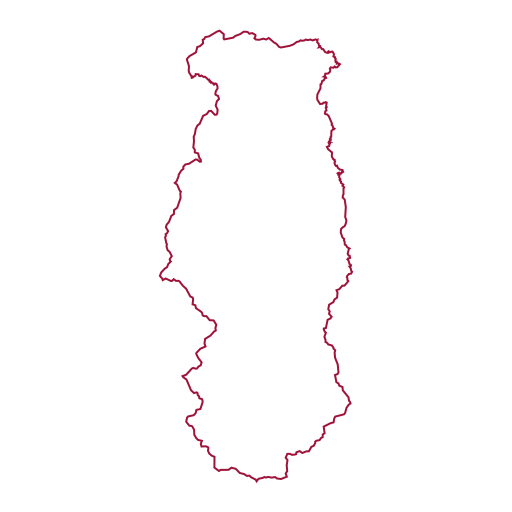 outline of Phrao, Chiang Mai, Thailand
{"feature_id": "78962969B69125034410503", "entity_name": "Phrao", "entity_type": "district", "adm_level": 2, "iso_a3": "THA", "parent_name": "Thailand", "parent_adm1": "Chiang Mai", "projection": "albers", "projection_center": [99.26, 19.288], "detail": "fine", "context": "isolated", "style": "outline", "palette": "rose", "viewbox_px": 512, "rotation_deg": 0, "n_neighbors": 0, "source": "geoboundaries", "source_scale": "gbopen_adm2", "svg_char_len": 5987}
<svg xmlns="http://www.w3.org/2000/svg" viewBox="0 0 512 512"><path d="M202.7,39.7L203.1,43.3L199.9,46.2L197.3,47.0L195.9,52.4L189.5,56.1L187.1,58.7L186.9,59.6L189.0,66.2L188.7,70.8L189.2,72.7L191.5,76.3L191.7,77.8L192.6,77.6L192.6,76.4L193.8,76.7L195.4,75.7L195.7,74.1L198.6,74.3L199.1,75.8L200.2,76.2L201.4,75.5L203.7,77.0L204.7,76.7L205.9,77.4L208.4,79.9L209.1,79.7L209.1,80.5L209.8,80.7L209.8,81.5L210.3,81.3L210.9,82.6L211.6,82.2L212.6,83.5L213.6,83.3L214.1,84.6L215.7,83.5L216.6,84.1L217.5,86.7L217.5,88.6L215.9,91.0L215.3,94.0L215.7,94.8L218.1,96.0L219.0,99.0L216.9,101.2L215.7,105.6L217.6,109.6L217.3,113.1L216.6,114.6L214.8,114.8L211.2,110.9L209.0,111.0L206.7,114.1L203.1,115.8L199.7,123.8L197.5,125.4L195.7,129.0L194.9,133.9L193.7,136.8L194.0,141.2L193.3,147.5L194.8,149.7L194.8,152.4L198.1,153.4L199.4,158.0L200.7,159.6L200.9,161.6L199.7,161.7L197.3,159.7L195.5,159.5L189.1,163.7L185.3,164.5L183.3,166.7L183.4,168.8L181.3,170.5L178.7,174.7L178.5,176.5L176.5,181.4L174.8,182.9L177.1,184.6L179.8,190.8L180.9,191.6L180.3,193.3L180.6,197.9L177.2,207.7L174.0,210.2L173.9,214.0L171.3,215.9L169.0,221.9L166.6,224.7L165.9,227.3L168.1,231.1L167.1,233.1L165.6,234.2L165.9,235.8L165.1,237.4L166.3,243.1L166.9,244.1L166.5,246.4L167.7,250.3L169.5,251.7L171.8,256.1L169.7,259.2L169.9,260.6L170.8,261.5L168.2,264.1L167.1,267.1L164.8,268.6L161.2,272.5L159.9,275.9L162.3,278.7L162.7,280.1L165.7,278.5L170.9,281.0L172.0,280.9L173.7,279.2L176.0,280.9L178.5,280.8L179.4,281.3L182.8,285.7L186.1,288.7L190.3,296.5L192.7,297.6L193.1,299.3L192.6,304.3L195.4,305.3L195.9,308.1L201.2,311.8L202.1,313.0L202.7,315.4L204.1,316.1L206.5,316.2L209.7,320.2L213.6,320.4L216.3,324.8L215.4,328.1L215.8,330.5L214.1,331.5L210.3,335.7L205.1,338.9L204.5,343.6L205.5,346.5L200.4,348.7L196.4,352.9L196.2,353.8L198.3,358.1L201.6,362.3L200.7,365.3L198.4,366.6L197.0,368.5L195.7,368.7L193.3,367.9L191.9,368.5L186.1,374.8L182.5,376.1L183.0,377.0L186.5,379.6L191.0,390.2L194.0,393.1L196.2,392.4L197.4,392.7L197.8,395.2L199.0,396.2L199.4,398.3L202.1,399.2L202.6,400.9L202.5,402.5L200.4,409.0L196.4,409.9L195.7,413.0L193.7,415.2L188.0,416.5L187.1,417.6L186.2,421.7L189.3,425.7L191.7,426.0L192.4,426.6L194.1,429.8L194.3,434.8L196.1,437.9L198.0,439.9L201.9,440.8L200.8,443.8L201.5,446.5L205.8,446.3L208.0,447.2L208.4,447.8L208.0,450.8L209.3,453.6L211.6,455.6L214.5,456.8L214.4,467.6L219.0,471.0L220.5,469.9L228.6,469.8L231.4,467.7L235.7,468.8L239.8,473.0L244.0,474.0L246.8,475.9L249.4,475.6L251.0,477.2L255.7,479.6L256.6,481.3L258.5,478.8L262.7,477.9L264.4,477.0L266.0,477.6L267.9,476.9L271.6,477.6L275.2,477.1L277.0,478.5L281.0,479.0L286.8,476.7L285.7,473.5L287.2,471.1L286.7,465.3L287.5,460.1L285.7,457.7L287.3,453.9L290.3,453.9L291.8,454.8L294.7,454.6L296.1,454.2L296.4,452.3L299.7,451.1L302.3,453.0L306.5,451.3L308.9,451.3L311.4,446.8L313.6,445.9L315.2,443.2L315.2,441.6L316.2,440.8L319.6,440.1L321.0,438.0L322.7,437.1L322.7,434.6L324.6,433.2L323.7,426.6L330.7,423.1L333.6,422.4L334.2,418.6L335.2,416.6L344.1,414.3L345.2,412.7L346.5,407.8L348.7,404.7L350.5,403.5L350.3,402.4L349.0,400.6L348.5,397.3L342.8,390.3L342.5,387.0L339.3,385.7L338.5,383.4L336.4,382.2L335.0,375.0L337.6,374.0L338.5,372.3L337.7,364.4L335.1,357.8L334.6,352.7L335.2,350.3L333.5,348.6L333.4,347.5L331.8,345.4L328.3,344.5L327.0,342.7L325.5,342.0L325.5,339.9L324.4,336.8L325.9,332.7L324.7,331.6L323.7,329.0L323.8,328.5L325.9,328.0L327.6,319.8L330.5,318.4L331.6,316.7L329.0,313.8L329.7,311.3L328.3,309.3L329.1,304.7L333.4,302.1L334.4,299.5L337.1,297.6L337.5,292.5L336.5,290.2L339.3,289.2L342.3,285.7L344.3,285.7L345.4,284.6L348.3,281.1L347.4,280.0L347.4,278.1L346.8,277.2L347.1,276.0L348.9,274.0L351.1,273.6L352.1,271.8L351.3,271.0L350.7,268.3L349.4,266.5L350.8,266.0L351.0,265.2L349.5,263.9L348.4,260.2L347.4,259.4L348.0,258.5L350.1,257.9L349.7,255.7L348.6,255.5L347.7,253.8L348.8,249.0L349.5,248.5L347.3,247.3L345.9,245.1L344.8,244.6L344.6,241.7L343.9,240.2L344.2,238.9L342.4,237.4L340.7,232.3L341.1,229.0L342.4,227.5L344.6,226.2L345.7,223.8L346.4,220.6L345.2,216.9L345.8,207.1L344.7,199.5L342.7,197.6L342.9,195.3L343.5,194.2L343.5,188.5L344.2,187.3L342.5,185.8L343.3,184.6L341.0,182.9L341.0,181.4L339.8,180.5L339.6,179.8L340.4,179.1L339.1,177.2L339.5,175.1L338.2,174.7L338.4,173.9L337.7,173.3L339.0,172.6L341.0,173.6L341.9,172.7L341.9,172.0L343.1,171.8L342.5,170.0L340.0,169.6L337.7,167.7L337.1,165.7L335.9,165.9L335.1,164.8L334.5,163.0L335.1,161.3L334.4,160.7L334.6,159.8L333.1,159.0L331.8,156.4L332.0,152.4L328.1,149.2L326.9,146.9L329.2,145.9L329.5,144.5L328.8,143.1L329.8,143.1L329.3,141.9L330.0,141.9L329.2,141.4L330.0,140.3L329.9,139.3L330.8,139.5L330.5,137.1L331.2,136.7L331.4,131.0L333.2,129.1L333.8,129.4L334.5,128.7L333.1,127.9L332.7,125.9L331.6,124.8L332.0,123.7L328.7,116.0L327.1,114.4L325.4,114.1L324.9,113.5L325.3,111.3L326.5,110.4L325.8,107.6L326.7,107.0L326.1,106.1L326.7,102.6L325.5,102.1L325.0,102.7L323.4,102.7L322.7,103.7L320.1,104.0L317.4,99.9L317.1,97.8L317.4,94.4L320.5,88.3L320.5,84.4L321.3,84.1L322.3,80.8L323.6,80.5L324.9,78.3L326.1,77.9L325.6,76.9L323.9,76.6L324.9,75.9L325.3,73.7L328.1,73.5L329.9,71.9L330.3,69.9L329.8,68.7L330.7,67.4L333.4,67.7L334.7,66.5L335.5,67.4L337.2,67.3L340.0,64.2L338.7,63.4L338.1,63.7L337.3,62.8L336.7,63.3L336.6,61.7L335.6,61.9L335.3,60.2L335.8,59.0L335.0,58.2L335.1,57.2L333.4,56.5L334.0,54.5L333.1,52.3L332.1,51.5L330.0,52.3L328.6,51.2L328.3,51.4L328.7,52.5L328.0,53.0L325.1,52.1L323.2,49.1L321.9,49.1L320.5,47.0L318.9,47.3L319.9,45.9L318.9,45.4L318.6,43.6L317.2,42.3L317.5,39.9L317.0,40.2L315.8,39.4L312.7,40.4L310.2,39.5L308.2,40.1L305.5,39.6L304.8,40.3L302.0,40.8L300.6,40.3L298.9,41.5L296.8,41.9L293.6,44.3L289.8,45.8L280.9,47.5L279.1,46.9L276.3,43.7L274.3,42.7L268.8,38.0L266.1,39.5L263.3,38.7L259.1,39.8L255.8,39.5L254.4,38.3L255.5,36.1L255.4,34.9L252.3,33.1L249.3,33.7L247.9,32.2L246.6,31.8L243.7,31.7L240.2,34.1L235.2,36.0L233.1,37.7L224.2,39.4L223.6,38.6L223.8,34.2L219.6,30.7L217.2,31.5L208.9,36.4L205.3,37.1L204.0,39.2L202.7,39.7Z" fill="none" stroke="#9f1239" stroke-width="2"/></svg>